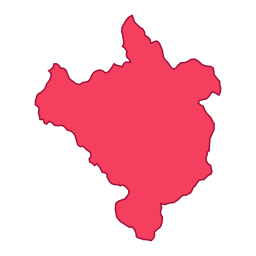 Conselheiro Lafaiete, Minas Gerais, Brazil (Robinson projection)
{"feature_id": "56859067B86519251311991", "entity_name": "Conselheiro Lafaiete", "entity_type": "district", "adm_level": 2, "iso_a3": "BRA", "parent_name": "Brazil", "parent_adm1": "Minas Gerais", "projection": "robinson", "projection_center": [-43.793, -20.669], "detail": "fine", "context": "isolated", "style": "filled", "palette": "rose", "viewbox_px": 256, "rotation_deg": 0, "n_neighbors": 0, "source": "geoboundaries", "source_scale": "gbopen_adm2", "svg_char_len": 3001}
<svg xmlns="http://www.w3.org/2000/svg" viewBox="0 0 256 256"><path d="M48.7,70.8L51.1,73.2L50.9,76.8L49.4,80.4L46.8,83.8L45.5,87.3L44.3,89.4L42.5,91.0L40.7,92.7L38.6,93.6L37.1,95.4L36.4,97.9L35.5,100.9L35.3,104.8L37.5,106.2L39.1,108.0L38.5,112.4L39.4,116.3L40.0,119.5L43.4,119.5L44.5,123.3L46.7,124.0L49.2,121.4L51.9,122.7L54.7,125.4L58.9,125.7L61.7,125.3L64.6,126.8L67.1,130.0L71.0,131.1L74.1,133.8L75.7,137.5L76.5,140.6L77.9,145.0L80.3,146.7L83.3,146.3L86.0,149.2L88.2,150.8L90.6,152.7L91.1,156.1L89.1,159.1L89.8,162.0L92.5,163.4L94.6,165.6L96.7,163.8L99.4,166.8L101.0,169.6L102.2,172.2L105.0,172.8L107.2,174.4L107.0,176.9L108.4,179.3L109.7,181.7L111.8,183.6L114.4,184.6L118.3,184.7L120.2,185.9L122.9,184.8L125.8,186.8L128.7,190.0L129.0,193.5L127.0,196.2L124.9,199.0L121.5,200.1L118.9,201.0L116.1,203.0L115.5,206.3L115.4,209.7L116.2,213.7L116.7,217.0L118.1,218.9L120.2,221.3L123.6,223.5L126.5,225.5L129.5,227.2L132.4,227.0L134.5,229.5L136.0,233.4L136.5,236.8L139.0,238.2L141.7,238.8L143.7,239.6L146.1,239.5L148.4,240.0L151.3,240.6L153.7,238.0L154.6,235.0L154.4,232.2L156.7,229.8L158.9,228.2L160.7,226.3L161.9,222.8L162.4,219.1L162.2,216.5L160.6,214.3L160.6,211.1L161.6,207.7L160.7,203.4L162.9,204.2L165.2,204.5L167.8,203.5L170.7,202.8L173.8,202.6L176.2,201.0L178.4,199.4L180.7,197.0L183.0,195.4L186.3,195.0L188.7,193.8L190.8,192.5L192.1,190.2L193.2,187.5L195.6,185.3L197.1,182.8L198.7,180.7L200.7,179.8L204.0,179.5L206.1,177.3L208.6,175.2L211.1,174.0L211.9,171.5L211.3,169.1L210.7,165.5L207.9,163.6L206.1,160.6L206.2,157.3L207.1,154.8L207.2,152.3L209.2,150.7L209.3,146.6L209.7,142.1L210.0,138.2L211.4,135.4L212.8,132.2L214.0,129.3L214.1,126.3L214.1,123.6L212.6,121.4L211.0,117.9L208.7,115.4L206.7,113.2L204.5,109.6L203.1,106.2L200.6,105.0L198.2,103.0L199.9,100.3L202.7,99.6L206.2,98.9L208.2,97.2L210.1,94.7L212.3,91.8L215.7,93.2L219.0,95.1L220.4,92.0L220.7,88.1L219.6,83.8L219.7,81.4L217.5,79.2L215.8,76.8L214.0,74.7L213.8,71.7L213.3,68.1L210.7,66.5L207.4,66.2L204.7,65.7L202.4,64.7L200.5,63.2L198.6,61.4L196.6,60.0L194.3,59.1L190.9,59.4L188.5,61.0L186.4,62.1L183.7,62.7L180.9,62.8L178.2,65.1L176.2,67.6L173.7,69.2L171.7,68.0L170.1,66.0L168.5,63.4L166.8,61.5L165.0,59.6L163.4,56.7L162.9,54.2L162.4,50.7L161.3,47.7L159.9,44.4L158.3,42.0L156.2,41.0L153.7,42.0L150.7,43.1L150.1,39.6L147.9,37.0L145.2,35.8L144.3,31.7L142.6,28.8L140.2,27.6L137.6,25.1L135.7,23.3L134.0,21.4L133.6,19.0L132.1,15.4L128.7,17.3L126.0,20.4L124.1,23.8L122.1,27.1L121.7,31.8L122.8,35.2L123.1,38.2L123.6,40.6L123.8,43.7L122.5,46.4L125.1,48.5L127.0,51.5L126.3,54.7L127.0,57.2L129.6,59.8L130.6,62.3L128.0,62.1L125.8,62.1L123.7,63.7L122.3,66.9L120.0,66.0L116.8,65.3L114.0,63.8L111.8,67.5L109.9,70.1L108.1,72.1L105.2,72.8L102.5,70.6L99.7,70.0L96.8,70.7L93.9,72.4L91.6,75.5L90.3,79.1L87.9,81.5L85.3,82.2L82.7,82.4L79.9,84.5L76.2,83.8L73.7,82.1L71.7,80.5L69.2,78.6L68.3,75.8L67.2,73.5L66.2,70.4L63.7,68.4L60.5,68.1L59.2,65.7L56.6,63.8L54.1,63.8L53.2,67.2L50.7,69.6L48.7,70.8Z" fill="#f43f5e" stroke="#9f1239" stroke-width="1.5"/></svg>